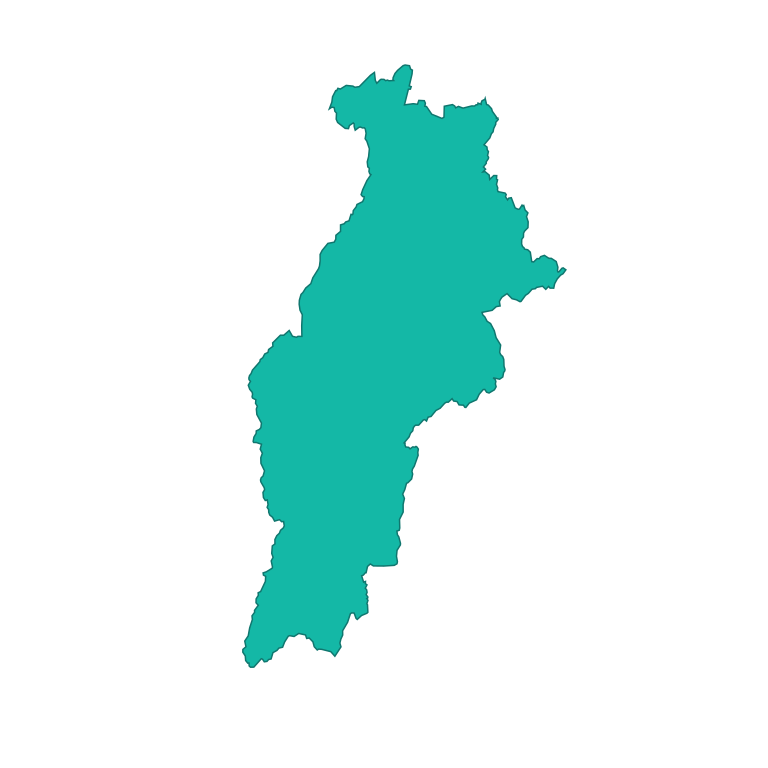 Sigi, Sulawesi Tengah, Indonesia, rotated 18°
{"feature_id": "22746128B27078250924142", "entity_name": "Sigi", "entity_type": "district", "adm_level": 2, "iso_a3": "IDN", "parent_name": "Indonesia", "parent_adm1": "Sulawesi Tengah", "projection": "equal_earth", "projection_center": [119.97, -1.462], "detail": "fine", "context": "isolated", "style": "filled", "palette": "teal", "viewbox_px": 768, "rotation_deg": 18, "n_neighbors": 0, "source": "geoboundaries", "source_scale": "gbopen_adm2", "svg_char_len": 6109}
<svg xmlns="http://www.w3.org/2000/svg" viewBox="0 0 768 768"><g transform="rotate(18 384 384)"><path d="M265.4,379.3L266.7,382.5L263.6,386.8L263.9,389.8L261.3,392.3L260.6,396.4L258.8,399.0L259.0,401.2L254.6,411.5L254.4,415.1L253.5,417.5L253.6,420.0L254.3,421.6L256.2,422.7L255.3,427.1L257.9,430.5L261.3,432.7L262.2,434.5L262.5,437.0L263.4,438.0L267.0,438.6L267.8,442.1L270.4,444.3L270.3,447.2L272.5,452.3L279.5,459.0L280.4,463.6L279.5,465.7L277.0,468.1L277.7,470.5L276.7,474.7L277.3,479.1L278.1,479.9L280.6,479.1L286.1,479.1L286.4,484.2L289.7,487.4L289.6,492.2L291.5,497.5L297.2,503.5L297.4,508.9L296.2,511.1L296.2,513.4L297.1,515.1L302.2,519.7L303.1,521.5L302.4,524.5L304.4,529.2L307.1,531.5L308.8,530.3L311.0,534.5L311.0,537.5L313.1,539.1L314.0,541.6L315.8,543.9L319.2,545.2L322.3,548.2L326.6,545.3L329.2,546.6L331.0,545.8L333.0,549.8L332.7,552.0L330.8,555.1L330.6,558.3L328.9,561.4L328.3,565.6L329.7,569.8L327.8,572.5L329.6,579.9L332.1,583.1L331.4,587.1L334.5,592.5L334.6,593.7L330.1,599.0L327.4,601.0L328.4,603.0L330.9,603.5L332.2,608.4L330.8,619.5L328.8,621.5L329.8,623.8L328.8,627.9L329.9,631.6L332.8,633.3L330.8,639.3L331.5,641.1L330.1,645.3L331.6,648.7L331.6,657.4L332.7,665.5L331.0,671.5L333.9,676.6L331.8,680.0L332.6,682.7L336.1,685.5L337.9,689.8L340.7,691.6L341.8,691.1L342.9,693.8L344.5,694.6L347.7,693.5L352.2,683.2L353.6,683.3L356.0,685.2L358.4,684.0L359.4,681.7L361.6,680.4L361.4,673.8L364.5,670.5L365.7,667.6L368.9,665.7L369.2,660.1L370.9,653.4L372.1,652.5L376.5,651.9L380.0,647.6L386.9,646.9L389.1,649.9L391.4,648.7L396.1,651.2L398.8,655.4L402.7,657.6L403.8,656.3L406.8,655.6L416.1,655.0L421.4,658.1L424.3,647.3L422.1,644.0L421.8,640.0L422.3,635.5L420.9,631.5L423.0,621.9L423.0,613.0L423.9,611.7L426.4,611.1L429.8,615.5L431.3,616.2L434.2,611.1L438.6,607.3L439.2,606.1L436.5,599.0L435.6,598.3L435.6,594.7L433.9,593.3L434.6,592.8L434.5,591.6L432.1,589.8L432.3,587.4L431.0,585.0L429.3,584.0L429.9,580.3L428.0,579.6L427.4,577.5L425.8,578.7L422.0,573.3L423.4,572.1L424.7,569.1L425.3,569.0L424.7,562.6L426.6,559.4L430.1,560.3L440.0,557.2L449.8,553.3L451.9,551.0L451.7,548.9L449.1,544.0L447.8,538.2L449.3,532.0L448.9,530.4L445.3,524.8L443.4,523.3L441.7,519.9L443.7,518.4L443.5,516.1L440.6,508.0L441.8,499.9L439.4,492.6L438.8,486.6L435.8,482.9L436.4,478.0L436.1,471.5L437.3,470.4L439.6,465.8L439.1,460.8L437.6,458.5L437.4,456.0L438.2,452.8L438.5,441.3L437.3,438.7L436.8,435.3L434.9,433.8L433.7,433.5L433.0,434.5L430.8,434.9L428.8,437.6L427.0,436.6L424.2,437.2L422.8,435.6L422.3,433.8L421.3,433.8L424.2,426.6L424.4,422.7L425.8,419.6L425.4,416.6L426.0,414.5L426.8,413.4L429.7,412.4L432.6,406.0L433.7,405.3L435.9,406.1L436.2,401.9L438.8,400.3L441.6,393.1L444.9,389.7L447.7,383.5L449.0,382.0L450.8,381.4L453.3,376.9L455.5,378.7L458.9,378.1L461.8,380.7L466.1,379.6L468.1,381.2L469.1,381.0L471.0,375.8L476.9,370.4L477.7,364.3L480.1,358.6L481.5,358.0L484.1,360.1L486.7,360.1L490.8,355.4L491.5,352.0L489.9,349.5L489.6,347.0L488.2,345.3L485.9,344.4L492.5,343.7L494.8,340.6L494.2,336.1L494.8,334.3L494.6,332.8L492.7,330.1L490.3,323.6L488.4,321.2L485.9,320.0L484.2,318.1L482.9,310.9L476.3,305.3L472.4,299.2L466.7,293.6L462.7,292.5L459.1,289.0L456.6,287.7L455.1,285.6L464.1,280.5L466.9,275.7L470.3,273.9L468.3,270.0L468.6,267.6L469.4,264.9L473.1,260.0L479.4,263.3L483.9,263.0L487.9,263.7L488.8,263.1L491.2,255.9L493.3,253.2L495.5,248.1L498.6,246.5L499.2,245.0L504.6,242.0L508.6,244.0L510.4,240.3L512.3,241.5L515.8,240.4L515.3,235.9L516.3,230.5L518.3,225.9L520.2,223.8L521.7,219.2L518.5,218.2L517.4,219.0L515.8,223.1L515.0,223.7L514.0,222.7L513.3,219.2L509.9,214.3L504.3,212.8L501.9,213.5L496.8,212.1L493.6,214.5L492.9,216.9L490.9,217.4L488.6,221.7L486.7,222.0L482.4,213.4L479.2,211.9L475.9,212.3L475.0,211.1L473.3,210.5L471.6,208.3L470.3,203.9L471.2,201.1L470.1,197.3L470.5,195.1L472.6,190.8L471.0,185.2L467.8,180.8L468.0,176.8L464.4,174.9L461.7,171.0L461.0,171.9L460.0,171.2L458.8,175.7L457.6,176.4L454.3,176.0L447.5,167.5L445.2,168.7L444.6,170.7L441.7,168.4L441.7,166.1L440.2,165.0L433.0,165.8L431.8,164.1L431.6,162.4L429.3,159.4L428.9,154.7L427.7,154.5L426.8,151.0L424.0,151.8L421.3,156.8L419.5,152.8L414.4,150.8L412.6,151.7L414.2,148.3L411.5,146.9L413.1,142.4L412.5,141.3L413.6,137.5L413.4,136.1L411.9,134.8L411.5,130.7L409.8,129.4L408.7,126.8L405.2,125.6L408.6,117.3L408.8,112.8L409.8,110.5L409.4,107.1L410.0,102.3L409.4,100.7L410.9,97.2L410.0,95.8L408.8,96.6L408.3,95.3L402.8,91.2L401.2,88.9L397.0,86.5L395.2,86.5L392.0,81.2L392.0,82.1L389.7,84.3L389.5,86.6L390.0,88.0L386.6,87.8L386.8,89.4L385.2,90.1L384.3,91.6L381.4,92.5L373.9,97.2L369.0,97.0L366.8,99.2L365.4,97.8L362.8,97.1L355.5,101.2L358.6,111.7L357.1,113.5L346.1,112.7L338.7,107.0L337.0,107.2L336.6,104.2L334.8,102.1L329.5,103.5L329.4,107.6L325.2,108.4L317.2,112.2L316.1,96.1L318.0,95.4L318.0,92.8L315.9,92.7L314.9,80.7L315.6,80.7L314.9,80.7L314.0,76.7L312.0,76.3L309.9,73.4L305.5,74.1L303.8,75.3L300.0,81.5L298.5,85.2L298.0,89.8L298.5,92.0L299.3,92.4L295.0,94.1L293.4,93.9L291.8,95.0L289.9,94.3L287.4,95.0L286.6,95.5L284.2,100.2L281.9,97.9L278.6,90.6L275.7,94.6L268.6,108.8L264.6,110.8L262.4,110.3L255.8,111.7L251.3,117.0L248.8,117.0L248.3,119.7L247.4,119.9L246.3,126.7L247.3,132.1L247.0,139.2L248.9,136.8L251.2,136.5L253.0,139.8L255.1,141.0L256.7,146.9L259.1,149.6L268.1,152.9L271.3,152.1L271.2,148.9L274.1,145.2L275.2,145.8L276.1,148.4L278.2,151.5L280.9,147.6L282.0,146.9L284.5,147.1L286.1,146.4L287.3,147.1L289.5,151.1L290.3,156.6L292.6,158.3L297.4,164.8L299.1,172.5L299.4,177.9L301.5,182.5L303.4,183.4L304.0,186.5L305.5,188.5L306.9,188.9L304.9,195.8L303.7,205.7L303.7,211.0L305.7,212.3L307.2,212.0L307.7,213.9L307.3,217.2L302.8,221.6L302.8,224.2L301.2,228.6L301.9,231.8L301.7,232.6L300.2,232.8L300.3,239.6L297.5,241.7L296.6,243.9L293.5,246.1L295.5,252.3L292.3,257.4L293.4,261.2L292.8,264.5L287.2,267.6L283.9,276.1L283.2,280.5L285.2,286.6L286.2,291.8L286.1,294.6L283.5,305.0L283.4,311.2L279.9,316.9L278.6,322.1L277.4,324.4L277.6,330.4L278.7,334.4L281.3,339.7L284.9,343.4L287.7,353.9L291.2,364.1L287.4,365.3L286.3,366.6L282.2,366.9L277.3,362.4L273.6,368.6L270.4,369.6L265.4,379.3Z" fill="#14b8a6" stroke="#0f766e" stroke-width="1.5"/></g></svg>